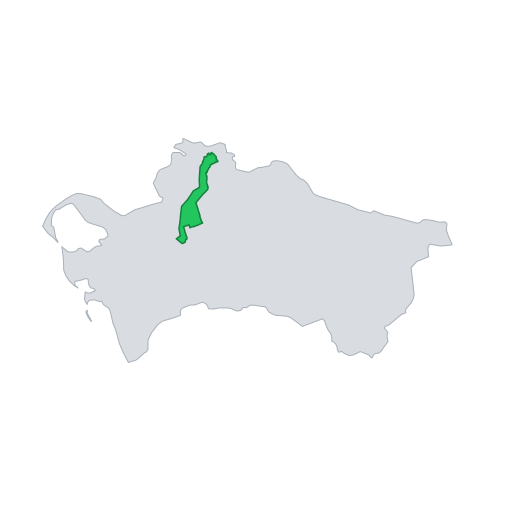 Akdepe, Tashauz, Turkmenistan (highlighted), rotated 340°
{"feature_id": "10190150B20893258254384", "entity_name": "Akdepe", "entity_type": "district", "adm_level": 2, "iso_a3": "TKM", "parent_name": "Turkmenistan", "parent_adm1": "Tashauz", "projection": "equal_earth", "projection_center": [58.748, 41.039], "detail": "fine", "context": "in_parent", "style": "filled", "palette": "green", "viewbox_px": 512, "rotation_deg": 340, "n_neighbors": 0, "source": "geoboundaries", "source_scale": "gbopen_adm2", "svg_char_len": 5587}
<svg xmlns="http://www.w3.org/2000/svg" viewBox="0 0 512 512"><g transform="rotate(340 256 256)"><path d="M157.9,171.1L179.2,172.3L185.7,173.1L188.4,170.1L188.3,169.4L187.3,168.7L185.7,166.6L184.4,152.5L186.3,150.4L188.4,149.0L191.5,144.6L193.2,143.2L195.6,142.1L203.7,141.8L207.1,140.9L210.0,135.9L210.6,132.9L212.8,130.6L214.0,130.6L219.5,132.6L220.7,133.7L222.5,137.4L224.6,137.1L224.9,136.5L224.6,135.7L223.1,133.4L219.7,129.2L216.3,126.6L216.1,125.7L218.9,123.7L224.7,124.5L226.1,123.9L227.6,120.6L235.2,128.0L236.7,128.8L242.7,129.8L243.8,130.8L245.8,135.1L247.9,136.3L250.5,137.1L261.2,137.3L264.6,140.1L265.2,140.9L264.5,142.9L264.4,146.8L263.5,148.4L264.1,149.1L267.9,150.7L270.2,153.2L270.4,154.3L269.8,155.1L268.0,154.7L267.1,155.8L267.1,157.9L268.4,159.8L268.8,161.6L267.0,165.7L267.0,167.4L267.6,168.4L277.4,174.6L278.9,174.8L288.4,173.7L290.1,174.4L298.4,175.7L300.7,175.5L302.2,173.5L303.7,172.8L305.2,172.7L309.1,174.0L313.3,176.6L316.1,179.1L317.5,181.3L321.4,193.5L324.0,198.5L327.0,201.1L329.2,205.8L331.1,216.3L332.3,218.4L336.9,222.5L360.3,239.6L367.4,247.3L378.4,254.7L382.3,253.8L391.0,261.7L396.5,264.7L403.5,269.5L418.4,280.2L421.6,280.7L425.0,279.1L428.2,280.0L433.7,282.8L439.8,287.0L444.9,288.4L446.3,290.2L446.4,291.2L443.8,296.5L443.6,303.2L444.3,312.2L442.9,312.4L432.9,309.8L423.3,304.3L421.1,306.1L420.0,307.9L417.9,315.7L405.2,316.2L397.8,320.0L391.6,345.6L390.2,348.7L386.1,352.9L378.9,357.0L377.8,358.7L377.6,360.2L376.7,360.7L372.6,360.7L357.3,366.3L353.9,366.3L352.6,366.7L352.0,367.7L353.8,372.9L352.4,374.4L351.5,376.9L350.8,381.4L340.8,388.3L338.6,389.2L334.5,388.5L332.4,389.2L330.3,391.4L329.3,390.8L328.7,388.5L327.6,387.1L321.2,381.4L313.9,382.3L311.2,381.9L309.0,380.9L305.6,377.7L303.5,374.7L301.2,375.0L300.5,373.6L300.4,371.9L301.0,369.8L300.8,366.0L299.5,363.2L298.1,362.0L299.6,357.5L299.6,354.2L298.5,350.6L298.1,345.4L298.3,340.3L296.9,337.8L275.5,338.0L267.8,326.2L264.7,323.3L254.1,318.4L251.2,315.7L248.8,312.8L248.1,308.8L246.9,306.4L245.3,306.0L237.0,301.4L233.7,300.2L229.2,301.3L226.4,300.0L223.3,301.8L222.0,301.9L218.6,300.8L214.4,296.6L210.9,294.9L203.6,292.2L198.4,291.4L193.9,289.7L193.4,289.1L193.3,285.6L192.7,284.1L191.4,282.3L189.6,281.0L181.8,281.1L178.2,279.8L175.3,279.6L169.1,279.8L167.1,280.8L165.9,281.9L165.1,285.4L164.5,285.9L158.4,286.0L145.6,285.2L140.2,286.9L131.8,292.3L127.0,296.8L125.5,298.8L122.6,306.7L121.3,307.8L119.6,308.8L118.0,308.9L110.3,312.0L107.3,312.8L99.7,312.4L98.2,300.7L97.7,291.4L98.8,278.5L98.6,270.3L100.1,257.9L99.8,254.8L96.0,249.4L95.5,245.6L93.2,245.3L89.4,242.1L85.7,240.9L83.8,240.8L82.1,241.8L80.8,243.6L80.0,240.7L80.1,237.7L83.2,231.4L85.1,233.2L87.3,234.0L93.1,233.6L92.6,231.4L89.7,229.3L89.1,226.4L89.4,223.5L90.3,220.7L89.4,219.6L88.1,218.9L85.0,219.0L76.9,218.0L75.9,221.2L78.0,225.5L74.4,220.6L72.1,215.6L70.6,209.8L70.5,203.5L73.9,193.4L76.8,181.0L79.7,186.2L81.9,188.5L86.9,190.0L89.4,189.6L92.0,188.3L94.5,188.7L98.4,194.1L101.2,194.7L107.1,192.6L109.9,192.2L112.3,193.1L114.8,193.1L113.8,190.6L113.4,188.2L114.9,186.9L119.5,188.2L123.2,186.8L123.9,186.2L124.2,184.1L123.8,179.9L123.0,178.1L120.9,175.6L112.8,169.6L110.1,167.3L107.9,164.2L104.4,152.1L101.8,144.3L100.7,143.4L95.9,142.8L86.9,144.7L83.7,144.2L82.2,145.1L78.4,148.3L76.6,151.1L74.0,157.5L75.8,159.6L74.0,170.4L74.8,175.0L74.4,175.4L71.9,169.6L68.4,163.9L65.6,155.1L71.1,149.4L75.9,145.4L80.9,142.4L86.1,140.4L97.7,137.2L104.1,136.1L109.3,135.9L113.2,137.8L123.8,144.8L128.4,148.7L129.7,150.3L130.9,154.1L138.6,166.4L140.5,168.1L143.5,172.0L146.4,173.2L157.9,171.1ZM79.1,260.0L78.8,261.7L77.4,256.7L76.9,251.1L77.8,249.6L78.9,249.7L77.8,251.7L79.1,260.0Z" fill="#d9dde1" stroke="#a8b0b8" stroke-width="1"/><path d="M198.2,194.0L195.7,198.9L195.2,199.8L193.6,202.8L193.1,203.7L193.0,203.8L192.3,207.6L191.8,210.9L191.7,210.9L191.7,211.2L187.5,212.4L187.1,212.6L189.6,217.1L191.0,219.1L192.8,219.0L194.2,218.8L195.6,216.5L196.9,216.4L197.4,215.3L197.5,208.1L197.8,207.5L197.8,203.9L201.3,203.8L203.7,203.8L203.6,205.9L203.6,206.8L206.7,206.7L206.7,206.8L206.9,207.1L212.5,207.1L213.0,207.0L217.0,206.7L217.0,205.8L217.0,205.6L216.8,205.4L216.7,205.3L216.7,199.7L217.1,199.3L217.7,187.9L217.6,185.5L219.6,184.3L223.2,182.2L225.7,180.7L227.4,179.8L231.2,178.0L231.7,177.7L233.3,177.0L234.3,175.5L234.2,175.2L234.2,174.3L234.4,174.2L234.6,174.2L234.6,170.4L234.6,170.2L235.0,169.3L235.9,167.5L236.7,165.7L236.7,164.5L237.1,164.3L237.1,162.0L237.1,161.2L237.3,160.7L238.3,160.7L238.7,160.7L238.8,160.3L238.9,160.0L240.7,158.3L241.3,157.8L241.8,157.3L242.2,157.0L242.3,156.9L242.7,156.8L242.9,156.8L244.3,154.9L244.5,154.8L245.6,154.8L245.7,154.5L245.8,154.5L246.5,154.5L247.4,154.5L248.5,154.5L248.9,154.5L249.6,154.1L250.0,153.8L250.6,154.2L252.5,154.2L252.5,153.3L252.5,152.8L252.3,152.5L251.9,151.9L251.9,151.0L252.0,150.6L252.3,150.1L252.5,149.7L252.5,149.3L252.3,149.1L252.2,149.0L252.2,148.8L252.2,148.6L252.2,148.3L251.9,148.0L251.6,147.4L251.5,146.1L249.9,144.4L250.0,143.8L249.7,143.8L249.0,143.7L248.8,144.0L248.7,144.2L248.7,144.3L248.4,144.6L248.2,145.1L247.4,145.2L247.3,144.8L247.2,144.4L247.2,144.2L246.9,143.9L246.8,143.2L246.7,143.2L245.1,143.6L245.1,144.0L245.1,144.8L244.5,145.1L244.1,145.2L243.5,145.2L242.8,145.8L241.7,145.2L241.2,145.2L241.0,145.4L241.0,145.6L240.5,146.6L240.1,147.4L240.0,147.5L239.1,148.2L238.2,149.0L238.3,149.4L237.4,150.5L234.1,152.8L232.4,156.6L230.7,160.4L228.7,165.0L227.2,170.0L226.4,172.1L222.8,172.8L219.4,173.4L214.5,177.1L210.5,179.9L205.3,182.7L203.8,183.5L203.1,183.9L198.4,193.1L198.2,194.0Z" fill="#22c55e" stroke="#15803d" stroke-width="1.5"/></g></svg>